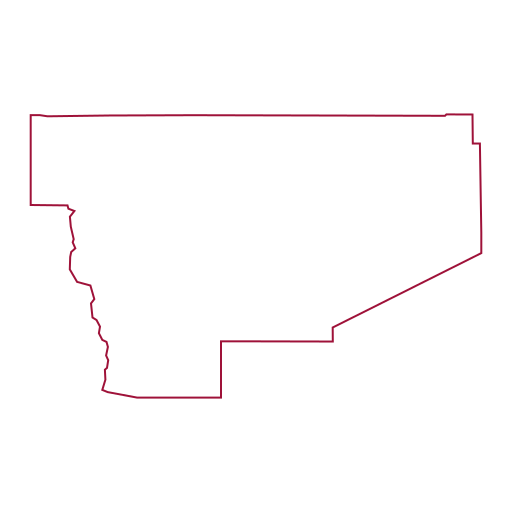 the district of Sierra, New Mexico, United States of America
{"feature_id": "52423323B62367348264258", "entity_name": "Sierra", "entity_type": "district", "adm_level": 2, "iso_a3": "USA", "parent_name": "United States of America", "parent_adm1": "New Mexico", "projection": "mercator", "projection_center": [-107.514, 33.043], "detail": "fine", "context": "isolated", "style": "outline", "palette": "rose", "viewbox_px": 512, "rotation_deg": 0, "n_neighbors": 0, "source": "geoboundaries", "source_scale": "gbopen_adm2", "svg_char_len": 704}
<svg xmlns="http://www.w3.org/2000/svg" viewBox="0 0 512 512"><path d="M30.7,205.0L67.5,205.4L68.4,208.7L74.4,211.0L69.9,216.7L70.8,226.7L73.7,239.2L72.7,242.3L75.3,248.3L71.2,252.0L70.2,256.9L69.8,269.4L77.1,281.9L90.4,285.5L94.3,299.1L91.0,303.4L92.5,317.5L96.5,320.0L100.0,326.6L98.9,333.2L102.3,339.9L106.5,341.9L107.9,346.9L106.1,355.5L108.2,360.2L107.0,367.9L104.9,369.7L105.4,379.7L102.3,389.9L107.7,392.1L137.1,397.6L221.0,397.6L221.0,341.3L231.9,341.3L319.2,341.5L332.8,341.5L332.7,327.5L481.3,253.1L481.3,232.6L479.9,143.5L472.8,143.5L472.5,114.5L446.4,114.4L445.0,115.8L192.9,115.2L108.8,115.5L47.5,116.3L39.6,115.1L30.7,115.1L30.7,205.0Z" fill="none" stroke="#9f1239" stroke-width="2"/></svg>